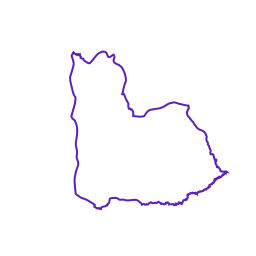 outline of Sanom, Surin, Thailand, rotated 337°
{"feature_id": "78962969B59792797819888", "entity_name": "Sanom", "entity_type": "district", "adm_level": 2, "iso_a3": "THA", "parent_name": "Thailand", "parent_adm1": "Surin", "projection": "orthographic", "projection_center": [103.803, 15.196], "detail": "fine", "context": "isolated", "style": "outline", "palette": "violet", "viewbox_px": 256, "rotation_deg": 337, "n_neighbors": 0, "source": "geoboundaries", "source_scale": "gbopen_adm2", "svg_char_len": 5927}
<svg xmlns="http://www.w3.org/2000/svg" viewBox="0 0 256 256"><g transform="rotate(337 128 128)"><path d="M71.6,192.0L71.9,191.1L72.2,190.8L72.7,190.7L74.2,190.6L75.9,191.1L77.2,191.0L77.9,190.7L78.2,191.1L78.8,191.2L79.1,190.9L79.2,190.3L79.6,189.9L79.9,189.8L80.7,189.9L81.8,188.8L83.5,186.2L84.2,186.0L85.6,186.1L89.0,187.3L89.6,187.7L90.5,188.3L92.2,190.7L93.7,191.4L95.6,192.0L97.7,193.6L98.9,194.3L100.0,194.8L105.3,196.4L107.2,197.3L108.0,197.8L109.1,199.3L110.8,202.5L110.9,203.0L110.7,203.8L110.8,204.1L112.8,204.0L113.3,204.3L113.5,204.7L113.5,205.0L114.0,205.4L114.4,205.3L115.1,205.7L115.6,205.5L115.9,206.0L116.7,206.2L117.9,205.5L118.8,205.5L119.4,205.2L119.9,205.3L120.5,205.7L120.7,206.1L120.8,206.5L121.7,207.0L123.2,207.3L123.9,207.7L124.2,207.8L124.8,208.3L125.4,208.3L126.0,207.8L126.7,208.0L127.4,207.9L127.7,208.6L128.2,209.1L128.3,209.5L128.9,209.9L128.8,210.2L128.8,210.8L129.4,211.2L130.2,211.2L130.5,211.4L130.7,211.9L132.8,212.7L133.0,212.6L133.7,211.6L134.3,211.8L134.7,212.1L135.0,211.9L135.6,212.1L135.7,212.9L136.3,213.9L136.2,214.2L136.5,214.1L136.6,214.4L138.5,215.4L139.9,215.7L140.0,215.8L140.2,216.6L140.7,216.4L141.0,216.7L140.8,217.1L140.9,217.3L141.1,217.3L141.4,217.0L142.1,217.4L142.2,217.0L142.7,216.9L142.8,216.4L143.1,216.6L143.3,217.2L144.2,217.1L144.4,217.2L144.4,217.5L144.6,217.6L145.7,216.5L146.0,216.9L146.5,216.9L146.6,217.5L147.3,217.5L147.4,217.9L147.4,218.3L147.7,218.4L147.6,218.8L147.8,219.0L148.0,218.9L148.2,218.3L148.4,218.0L149.0,217.9L149.8,217.1L151.2,216.1L151.7,216.1L152.2,216.7L153.0,217.0L153.4,216.6L153.8,216.7L153.8,216.2L154.7,216.3L155.3,215.9L155.5,215.5L155.9,215.4L156.0,214.2L156.3,213.2L156.5,213.2L156.7,213.4L157.1,213.3L156.9,212.8L157.1,212.6L157.4,212.9L158.3,212.5L158.9,212.6L159.2,212.7L159.5,212.5L159.9,212.7L160.2,212.4L161.8,212.7L162.1,213.2L162.5,213.0L163.4,213.6L163.6,214.0L164.1,214.2L164.4,214.1L164.4,214.9L164.6,214.9L165.0,214.5L165.4,214.7L165.6,215.0L165.9,215.0L166.0,215.5L166.3,215.0L166.9,214.8L167.3,214.4L167.6,214.4L168.0,214.7L168.6,214.6L169.1,214.7L169.7,214.4L170.3,215.0L170.5,214.8L171.1,215.1L171.9,215.1L172.2,215.0L173.0,215.3L173.5,214.7L174.2,214.9L174.5,214.6L175.1,214.6L175.4,214.8L175.6,214.7L175.9,215.0L176.1,214.7L176.6,214.8L176.8,214.6L177.3,214.6L177.6,214.4L177.9,214.6L178.4,214.3L178.9,214.3L178.8,214.0L178.9,213.8L180.4,213.9L180.3,212.8L180.5,212.4L181.4,212.4L181.7,212.2L182.8,212.4L183.1,212.1L183.4,212.3L183.7,212.4L184.1,212.1L184.4,211.6L184.9,211.5L185.3,211.8L185.8,211.7L186.9,210.4L187.2,210.3L187.1,209.8L187.8,209.6L187.7,209.3L187.8,209.1L188.2,209.4L188.3,209.8L188.5,209.6L189.0,209.8L189.1,209.0L189.7,209.1L190.5,209.4L190.9,208.8L191.1,208.8L191.6,209.2L192.0,208.8L192.5,209.2L192.9,208.6L193.1,208.7L193.1,209.6L193.5,209.5L193.5,208.8L193.6,208.7L194.1,208.9L194.5,209.4L195.4,209.1L196.4,208.5L196.8,208.5L196.8,208.0L197.1,207.9L197.4,207.9L197.4,208.3L197.6,208.5L197.8,208.4L197.9,207.9L198.9,208.0L199.1,207.5L200.2,208.0L200.3,207.4L200.8,207.6L201.3,207.4L201.4,206.9L201.9,207.2L201.6,206.5L201.3,206.3L198.7,205.4L197.3,204.7L197.0,204.6L197.0,204.3L196.3,203.7L196.5,202.9L196.6,202.1L196.3,201.2L196.0,199.3L195.3,199.2L194.6,198.8L194.9,197.2L194.9,196.1L194.6,195.3L195.2,193.1L195.3,192.9L196.1,193.2L196.4,192.9L196.9,191.7L195.5,191.0L195.9,187.0L196.2,186.0L195.5,185.1L195.1,185.0L193.9,184.5L193.8,184.0L194.1,182.8L194.5,182.4L195.1,181.4L195.4,180.4L195.3,180.0L195.2,178.4L195.5,175.5L195.2,175.0L195.1,174.3L195.3,173.7L195.7,173.0L195.8,172.5L195.4,171.1L195.4,170.4L195.8,168.7L196.8,167.2L197.2,166.3L197.1,164.7L197.3,164.0L196.6,161.3L194.9,159.0L193.0,157.2L192.2,156.0L191.4,154.1L191.0,152.2L190.5,150.7L190.3,148.0L189.5,146.2L188.5,142.2L187.9,140.6L187.8,139.9L187.8,138.8L188.3,136.5L188.7,136.1L189.1,136.1L189.6,135.2L190.0,134.8L190.6,134.6L190.7,134.3L191.5,133.8L191.7,133.3L191.7,132.8L192.1,132.4L192.4,130.9L191.0,130.4L184.2,125.4L181.4,123.0L180.1,122.3L176.5,121.6L175.4,121.5L173.1,121.7L169.2,122.4L164.7,122.2L156.3,120.1L154.6,119.9L152.4,120.5L150.6,121.4L147.7,123.3L146.6,123.2L143.8,122.5L137.5,119.1L139.0,115.5L139.0,114.3L138.8,113.6L138.7,112.4L137.8,112.2L137.5,111.0L136.3,110.6L136.5,108.9L136.8,107.9L137.9,105.8L137.4,100.2L137.6,95.4L137.5,95.1L135.9,94.8L135.8,94.6L137.1,93.2L138.8,90.6L141.5,87.1L144.5,83.8L145.0,82.6L145.8,79.7L146.3,76.4L146.3,72.1L146.1,70.4L145.4,68.5L144.5,66.8L142.1,64.1L141.2,62.8L140.9,62.1L140.9,61.4L141.0,60.4L141.7,59.2L143.1,57.7L143.3,57.3L143.5,56.6L143.4,54.9L142.5,54.9L139.6,55.5L138.7,55.5L138.1,55.3L137.7,54.8L137.4,54.2L137.6,51.0L137.4,50.2L137.0,49.4L136.3,48.7L135.3,48.1L134.3,47.8L133.1,47.6L130.8,47.7L128.7,48.2L127.0,49.0L119.9,52.7L118.2,53.3L117.6,53.3L117.3,53.2L116.2,52.1L114.3,49.3L113.9,48.3L113.7,47.7L113.9,47.2L113.9,46.7L113.4,46.5L113.2,46.3L112.4,45.8L111.8,45.0L112.1,44.8L112.2,44.2L112.5,43.9L112.4,43.4L112.0,42.7L112.6,41.2L111.6,40.8L111.3,41.0L111.1,40.9L110.9,41.4L110.4,41.5L110.1,41.0L110.3,40.7L110.2,40.3L109.9,40.0L109.3,40.3L109.2,40.1L108.9,40.1L108.4,39.0L107.9,38.7L108.0,38.3L107.5,37.7L107.4,37.0L107.2,37.1L107.2,37.4L106.9,37.4L106.8,37.7L105.0,38.7L104.5,39.4L104.3,39.9L104.1,41.7L103.8,44.9L103.4,47.0L102.8,48.3L101.6,50.0L98.5,53.9L94.9,58.1L94.0,60.0L93.2,62.3L91.3,73.5L91.1,76.4L91.5,79.0L91.5,79.6L91.2,80.5L88.4,85.2L81.7,93.5L80.5,95.1L80.3,95.5L80.3,96.1L80.6,97.7L81.9,100.1L82.0,103.1L81.3,107.8L79.8,111.6L78.1,114.9L74.5,120.7L73.5,122.8L73.1,124.0L72.1,129.3L71.3,131.2L69.2,134.9L68.7,140.1L68.2,141.6L67.7,142.5L63.1,147.7L59.6,152.8L58.3,155.4L57.7,156.9L55.8,162.7L54.1,168.2L54.7,169.5L57.7,174.0L61.3,177.3L62.8,179.0L66.9,184.8L67.4,185.8L67.0,186.0L66.6,186.5L66.6,186.9L66.3,187.1L66.2,187.3L67.1,188.1L67.4,189.1L68.0,189.6L68.1,190.0L68.7,190.3L69.3,190.0L69.7,190.2L69.7,190.4L70.1,190.6L70.2,191.1L70.7,191.3L70.8,191.7L71.6,192.0Z" fill="none" stroke="#5b21b6" stroke-width="2"/></g></svg>